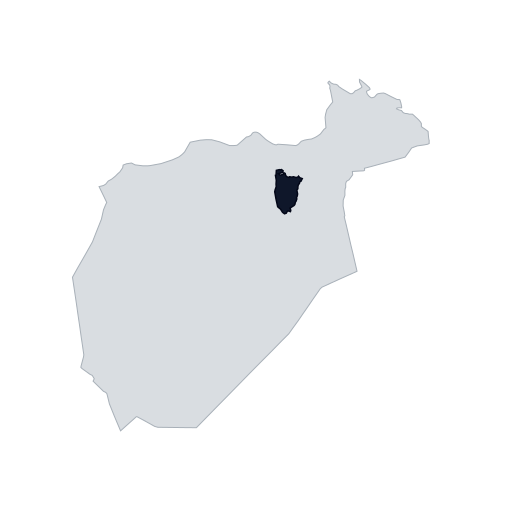 Abalak, Tahoua, Niger (highlighted), rotated 167°
{"feature_id": "23599985B73397103622086", "entity_name": "Abalak", "entity_type": "district", "adm_level": 2, "iso_a3": "NER", "parent_name": "Niger", "parent_adm1": "Tahoua", "projection": "mercator", "projection_center": [6.168, 15.504], "detail": "fine", "context": "in_parent", "style": "filled", "palette": "ink", "viewbox_px": 512, "rotation_deg": 167, "n_neighbors": 0, "source": "geoboundaries", "source_scale": "gbopen_adm2", "svg_char_len": 4029}
<svg xmlns="http://www.w3.org/2000/svg" viewBox="0 0 512 512"><g transform="rotate(167 256 256)"><path d="M393.3,358.9L388.8,359.0L386.3,359.8L383.1,362.3L379.5,363.3L375.1,365.4L372.3,367.2L369.7,368.6L366.1,371.9L365.0,374.5L361.4,375.0L356.4,374.6L353.3,372.0L345.9,369.3L341.1,368.2L338.9,367.9L327.7,367.4L315.8,368.5L309.7,369.7L308.5,370.0L305.1,371.6L302.2,373.4L294.5,381.7L284.2,381.4L278.1,380.5L273.0,379.2L265.7,375.4L256.8,369.5L253.3,368.7L250.2,368.2L249.2,368.3L238.5,374.1L236.5,374.0L233.9,374.7L232.3,376.1L231.1,376.9L229.8,377.0L228.1,376.7L226.5,375.8L224.8,374.1L220.4,367.6L219.5,366.5L217.6,364.5L214.5,361.5L212.3,360.1L211.0,359.7L209.5,360.0L200.9,357.4L192.3,354.6L190.4,355.0L189.1,355.6L186.1,357.6L182.6,358.0L178.2,357.8L175.7,357.5L171.8,358.2L169.2,359.0L165.8,360.4L161.3,364.1L160.1,364.6L159.0,365.2L157.5,375.5L156.3,378.5L154.1,382.6L149.6,386.5L146.6,388.8L146.5,392.0L146.3,397.1L146.2,400.7L146.4,403.0L145.9,404.1L145.7,405.1L145.9,406.6L146.6,407.3L147.0,408.3L146.8,409.0L145.3,409.9L143.8,407.6L141.7,406.0L139.5,405.3L138.0,404.1L137.2,402.4L134.3,399.3L127.6,392.9L126.9,392.8L125.8,392.5L123.9,393.3L122.7,394.3L121.9,394.7L120.6,394.8L117.4,395.6L114.9,396.6L114.8,397.5L116.0,402.3L115.5,404.8L114.3,403.6L110.6,398.8L108.1,395.2L107.6,394.4L107.3,393.2L107.5,392.6L108.5,392.3L110.9,391.8L111.3,391.4L111.4,390.4L111.1,388.6L109.8,386.1L108.4,384.5L107.6,384.1L106.2,384.1L104.7,384.3L101.9,386.3L100.6,386.7L97.7,386.5L95.0,386.1L93.4,385.1L88.7,381.1L83.4,376.8L81.2,376.2L80.7,375.8L80.4,372.5L80.5,368.6L80.8,367.6L82.9,368.2L85.3,368.5L86.0,367.8L84.2,366.4L81.5,365.0L80.5,362.8L79.7,362.1L78.5,361.3L77.1,360.9L75.7,360.3L74.8,359.7L73.2,359.4L71.6,359.0L69.2,355.5L66.9,352.1L65.5,349.4L65.1,347.8L65.7,345.1L65.1,344.0L62.5,341.3L60.3,338.7L60.9,334.7L61.3,331.4L61.3,329.3L61.7,328.1L61.9,326.7L63.4,326.3L67.0,326.4L74.1,327.0L79.7,326.3L80.1,326.2L84.0,322.6L88.5,318.8L95.1,318.5L102.3,318.1L108.0,317.9L116.2,317.6L122.9,317.3L130.6,317.1L130.8,315.3L131.3,314.9L132.1,314.8L137.7,315.8L143.1,316.7L143.5,313.4L148.2,309.3L150.8,308.5L151.5,307.8L152.3,306.4L152.8,304.3L153.1,302.8L154.0,301.5L154.8,299.2L155.7,295.1L158.4,290.9L159.9,285.1L160.1,279.5L160.4,275.2L161.2,274.4L161.1,266.8L161.1,259.2L161.1,252.7L161.1,244.7L161.0,237.6L161.0,229.9L161.0,223.0L161.0,218.4L166.4,217.3L172.0,216.2L180.2,214.6L189.0,212.8L198.7,210.8L200.8,209.6L208.1,203.0L211.4,200.0L217.9,194.0L223.0,189.4L229.4,183.5L236.2,177.6L241.6,172.8L250.1,167.5L262.9,159.3L275.8,151.2L288.6,143.1L301.4,134.9L314.2,126.7L327.1,118.5L339.9,110.3L352.7,102.1L365.6,105.2L377.9,108.2L390.2,111.2L393.1,112.8L399.6,118.7L408.0,126.1L408.4,126.3L408.8,126.3L416.8,121.9L427.3,116.1L430.0,131.6L432.1,144.9L432.2,153.4L432.3,155.6L433.2,157.0L435.1,158.5L442.9,170.7L441.2,172.8L442.4,176.5L444.4,178.1L450.8,185.4L451.7,186.8L451.3,187.9L446.8,196.4L446.0,198.4L445.1,209.2L444.5,216.8L443.6,227.1L442.6,239.5L441.7,249.9L440.6,263.7L439.6,276.6L433.1,283.8L421.5,296.3L412.2,306.5L407.5,313.4L398.3,326.7L394.2,335.3L391.0,339.8L389.4,341.7L390.8,348.0L393.3,358.9Z" fill="#d9dde1" stroke="#a8b0b8" stroke-width="1"/><path d="M196.6,324.2L197.2,323.6L199.2,323.4L201.7,324.8L203.5,324.8L204.3,325.2L205.7,325.7L206.2,325.2L207.4,325.6L208.7,327.1L209.0,328.3L209.0,329.8L209.6,330.5L210.5,330.7L210.8,329.6L211.3,329.4L214.3,329.3L215.8,331.1L211.2,331.5L210.4,332.9L211.7,334.5L213.0,334.5L213.8,334.9L216.9,334.9L218.3,330.2L218.9,330.2L219.2,325.2L220.3,321.5L220.7,319.0L222.4,316.3L223.3,314.4L223.7,307.1L223.8,299.1L222.3,297.0L221.6,296.3L220.3,292.6L218.7,290.7L218.0,290.8L216.9,290.9L215.4,292.6L214.3,292.6L212.5,291.5L211.9,292.5L211.9,294.1L212.2,295.0L209.7,295.9L207.7,296.6L206.6,297.4L205.4,299.8L204.7,300.3L203.4,302.4L203.4,303.8L202.3,305.2L201.5,307.1L201.4,311.0L200.1,312.1L199.6,314.1L198.9,315.6L197.6,316.8L197.0,317.5L196.9,318.2L196.2,318.7L195.4,318.7L193.5,321.0L195.7,322.4L196.6,324.2Z" fill="#0f172a" stroke="#020617" stroke-width="1.5"/></g></svg>